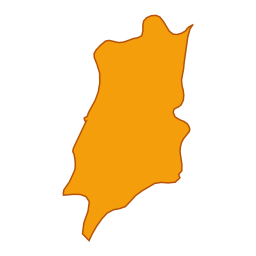 the border of Ilocos Norte
{"feature_id": "PHL-2547", "entity_name": "Ilocos Norte", "entity_type": "Province", "adm_level": 1, "iso_a3": "PHL", "parent_name": "Philippines", "parent_adm1": "", "projection": "mercator", "projection_center": [120.728, 18.175], "detail": "fine", "context": "isolated", "style": "filled", "palette": "amber", "viewbox_px": 256, "rotation_deg": 0, "n_neighbors": 0, "source": "natural_earth", "source_scale": "10m", "svg_char_len": 1346}
<svg xmlns="http://www.w3.org/2000/svg" viewBox="0 0 256 256"><path d="M63.5,195.2L63.3,193.2L63.9,189.8L69.3,182.1L74.0,171.9L75.1,168.8L75.3,164.7L75.0,159.5L74.1,154.6L72.8,151.5L73.4,148.2L86.2,121.2L85.6,121.5L84.9,120.7L84.3,119.2L84.4,117.9L85.0,117.4L86.1,117.1L87.1,116.5L87.5,115.6L88.5,112.6L95.3,100.1L98.2,92.2L99.8,82.8L99.6,73.0L96.9,64.0L94.3,57.6L94.1,53.5L96.2,49.9L100.8,45.0L105.5,41.1L109.1,40.4L118.8,42.6L123.6,42.1L133.7,38.5L138.0,37.7L141.8,35.6L142.9,30.8L142.9,25.3L143.6,21.1L146.7,17.7L151.4,15.7L156.2,15.4L159.9,17.1L163.4,21.5L169.3,31.2L173.2,34.2L177.2,34.5L181.8,33.1L185.6,30.8L187.1,28.6L189.0,26.8L192.7,24.9L192.7,25.0L190.0,28.9L187.7,37.3L184.1,63.1L183.6,68.7L181.5,80.0L182.0,85.6L183.2,90.2L183.8,95.2L183.3,100.2L181.1,104.8L178.4,107.0L175.8,108.1L173.9,109.4L173.2,112.4L175.1,116.9L179.2,119.5L183.8,121.4L187.2,123.7L189.1,126.7L189.8,129.3L189.1,131.8L183.7,138.5L181.6,142.3L180.5,146.5L180.0,151.8L181.9,164.5L181.8,170.8L178.8,174.2L178.9,175.2L179.9,177.8L175.2,182.2L168.4,182.9L161.1,182.4L154.7,183.4L142.0,190.8L135.6,195.6L125.4,206.6L119.6,208.6L113.6,209.7L107.1,213.1L102.1,218.5L96.8,225.9L92.2,233.9L89.1,240.6L82.5,233.8L83.9,222.9L88.0,211.2L89.3,201.8L86.0,196.6L80.5,194.5L73.9,194.3L67.7,194.8L63.5,195.2L63.5,195.2Z" fill="#f59e0b" stroke="#b45309" stroke-width="1.5"/></svg>